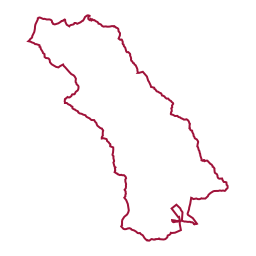 outline of Valea Salciei, Buzau, Romania
{"feature_id": "2599482B75081483898693", "entity_name": "Valea Salciei", "entity_type": "district", "adm_level": 2, "iso_a3": "ROU", "parent_name": "Romania", "parent_adm1": "Buzau", "projection": "natural_earth1", "projection_center": [26.813, 45.506], "detail": "fine", "context": "isolated", "style": "outline", "palette": "rose", "viewbox_px": 256, "rotation_deg": 0, "n_neighbors": 0, "source": "geoboundaries", "source_scale": "gbopen_adm2", "svg_char_len": 5762}
<svg xmlns="http://www.w3.org/2000/svg" viewBox="0 0 256 256"><path d="M163.7,239.5L165.3,239.1L166.3,238.3L167.3,237.3L167.7,235.5L169.1,235.0L169.9,234.5L170.6,233.7L170.8,232.8L171.9,233.0L175.0,232.7L180.9,230.1L179.9,224.9L179.6,222.0L178.8,221.3L178.3,221.2L177.3,221.7L175.8,221.7L173.7,222.2L172.9,221.9L172.2,221.0L172.1,220.1L175.1,220.5L177.0,221.1L178.6,220.7L179.3,221.1L180.0,221.2L179.1,216.9L178.3,217.2L171.6,208.5L176.4,204.7L180.3,208.4L180.8,209.8L182.5,212.3L181.9,220.8L184.7,221.6L185.5,221.5L187.8,221.9L190.0,221.8L191.0,222.3L192.0,222.2L193.3,222.9L193.9,224.1L194.3,224.3L194.7,224.3L195.2,223.8L196.6,224.0L197.0,223.8L192.8,218.1L188.1,215.0L187.7,214.3L187.6,213.6L189.0,209.4L189.2,207.6L190.2,203.9L191.2,197.8L192.4,198.3L193.1,199.0L193.4,199.1L196.3,198.5L197.9,199.1L199.8,199.1L201.5,198.3L201.9,198.5L205.4,198.5L207.9,196.2L208.5,194.8L210.4,193.1L213.1,191.4L214.3,191.0L218.4,190.9L219.8,190.5L221.6,190.8L223.0,190.5L224.8,190.9L225.6,190.3L226.0,189.4L227.4,188.3L227.6,187.6L227.6,186.1L227.4,185.5L226.6,184.8L226.4,182.4L225.7,182.1L223.7,181.9L222.5,179.9L222.1,178.5L219.3,178.7L218.3,178.2L217.5,176.8L217.5,175.6L216.9,174.2L215.0,172.9L214.7,172.2L214.4,169.4L214.5,168.6L214.3,168.2L213.4,167.1L212.6,166.7L212.6,166.0L211.5,164.5L210.5,164.0L207.4,160.7L206.0,160.7L204.4,161.2L204.2,161.0L204.3,160.2L204.1,160.0L203.8,160.0L202.8,160.8L201.5,160.3L201.6,159.3L200.4,155.8L200.1,153.7L199.8,153.2L199.3,150.8L198.7,150.0L198.0,147.2L197.3,146.5L197.7,143.8L198.1,142.5L198.1,141.5L196.9,139.5L194.8,138.3L194.3,136.8L193.6,135.9L193.5,134.4L192.3,132.1L192.2,130.9L192.0,130.6L191.4,130.6L190.5,130.0L190.0,128.9L189.4,128.4L189.4,128.0L189.8,127.7L189.5,126.1L189.9,123.9L189.5,123.7L189.2,122.4L188.3,120.6L187.1,119.6L186.3,119.3L186.1,119.5L183.9,119.6L182.4,118.7L181.2,118.3L180.1,117.4L178.4,117.0L177.5,115.9L175.0,116.0L172.9,114.8L171.0,114.3L170.8,114.0L171.1,112.2L171.8,111.1L171.6,109.1L171.3,108.3L172.2,107.4L172.0,105.5L173.2,103.8L172.9,102.9L171.6,101.9L171.0,101.0L169.4,100.1L168.2,98.6L166.5,98.6L165.2,97.5L164.4,96.4L162.8,95.6L162.0,95.5L161.3,93.7L161.0,93.3L159.3,92.6L158.2,91.8L156.9,91.4L156.1,90.6L155.5,89.5L154.4,88.9L154.2,87.7L151.0,86.9L150.7,85.5L148.9,81.6L148.2,80.7L146.9,76.5L142.8,71.8L138.9,72.9L137.7,72.9L138.0,72.5L137.4,70.8L137.4,69.3L136.8,67.7L135.8,65.6L135.6,65.2L134.5,64.5L134.0,63.3L133.0,62.9L132.2,61.3L131.3,60.7L131.0,59.6L131.1,58.3L130.7,56.9L130.1,55.6L130.2,54.4L130.0,53.8L128.3,52.1L127.0,52.2L126.3,51.5L125.2,47.6L123.9,46.1L123.6,44.5L122.9,44.2L122.6,43.4L122.8,42.1L122.0,40.0L121.7,39.6L121.0,39.5L120.2,39.8L118.6,38.6L119.9,35.4L120.0,33.2L118.5,31.1L118.5,30.2L118.2,28.8L117.4,28.1L116.0,27.6L115.4,26.8L114.2,26.7L114.1,26.1L111.9,26.1L109.7,26.6L107.1,26.7L106.0,26.4L103.4,26.6L101.9,25.8L101.2,24.7L99.5,23.8L98.5,23.7L98.2,22.9L97.5,22.0L95.6,21.1L94.4,20.1L93.1,20.2L92.4,19.3L92.1,19.3L91.9,19.8L91.5,20.2L91.3,19.5L90.7,18.9L89.8,20.1L89.1,19.7L88.9,19.2L88.4,19.0L88.2,18.0L88.5,16.8L89.5,16.3L89.6,15.8L88.5,15.4L87.3,15.4L85.4,16.7L84.9,17.2L84.3,18.6L83.0,20.7L82.2,21.0L80.5,22.3L77.2,23.8L75.8,23.0L74.5,23.0L74.0,23.9L73.5,24.4L70.6,25.1L69.5,25.9L69.3,26.3L66.7,24.7L65.3,21.8L65.1,19.8L64.7,19.5L63.4,20.2L62.9,20.9L61.5,21.0L61.0,21.6L58.4,23.3L54.8,24.4L53.2,24.0L53.1,23.4L52.1,22.5L52.0,21.4L51.6,20.5L50.7,19.8L49.3,19.4L46.9,19.5L44.4,18.8L43.3,19.0L40.4,17.7L39.5,17.5L38.4,17.8L38.3,18.2L37.8,18.4L37.8,19.4L35.4,24.5L35.0,26.6L34.9,28.7L34.3,31.9L32.2,36.2L32.2,37.1L31.8,37.8L30.2,39.1L29.3,40.4L28.4,41.2L30.6,41.7L32.1,42.5L33.8,43.0L35.1,44.1L36.1,44.1L39.5,45.2L39.6,45.4L39.5,46.8L40.4,47.1L40.8,48.9L42.7,51.9L42.9,52.9L44.5,54.1L44.6,57.0L45.9,58.0L48.2,58.3L48.7,58.6L49.6,59.8L50.0,62.3L51.7,64.3L56.1,66.9L58.4,67.4L60.1,66.1L63.1,64.5L63.8,66.0L65.1,67.2L69.3,72.0L71.3,74.1L73.6,75.3L74.7,76.5L75.9,78.7L75.6,81.0L75.7,82.3L76.3,83.0L76.6,84.3L78.1,85.6L78.5,86.5L78.5,87.9L78.2,89.4L77.6,90.5L75.8,91.8L74.6,94.1L73.9,94.4L73.2,94.2L72.1,94.5L71.3,96.1L69.6,97.4L68.1,97.4L67.6,97.0L66.0,98.3L65.7,98.8L65.1,98.9L64.9,99.3L64.7,101.7L65.1,102.3L65.0,103.0L66.8,103.0L68.1,104.2L70.5,105.3L71.2,106.2L72.4,106.7L72.4,108.1L72.6,108.4L73.6,109.1L74.9,109.5L75.4,110.1L77.9,111.3L78.2,111.7L78.2,112.4L79.6,113.4L81.7,113.8L83.1,114.6L85.5,115.3L86.1,116.4L87.0,117.1L89.7,118.4L90.5,119.3L91.5,120.0L94.2,120.1L95.1,121.7L96.4,123.1L96.8,124.6L97.5,125.8L100.4,128.1L102.0,128.6L102.3,129.5L102.9,130.0L103.2,130.7L102.8,131.8L102.7,134.4L102.9,135.3L101.9,137.0L101.7,137.9L101.8,138.0L101.8,138.5L103.4,138.2L106.3,139.0L106.7,139.3L107.1,141.0L108.9,142.5L109.4,143.5L110.2,144.0L110.4,144.9L110.1,146.0L110.2,146.3L113.2,147.4L113.3,149.4L113.0,152.7L112.5,154.6L112.7,155.4L113.5,156.2L113.4,158.1L114.1,160.9L114.0,161.5L113.4,162.5L114.5,166.7L115.5,167.4L114.9,168.5L115.2,169.9L115.0,170.5L115.2,170.9L114.6,172.1L116.4,173.3L117.5,173.7L117.6,174.2L119.9,175.1L121.2,174.8L122.2,175.2L124.0,175.2L125.5,176.6L126.1,178.2L125.3,179.5L125.4,181.7L126.1,184.1L125.9,185.3L126.0,186.7L125.7,188.4L124.6,189.8L125.6,191.4L125.7,192.0L125.6,192.9L125.9,193.7L125.3,195.1L125.4,196.3L124.3,197.7L126.2,200.1L127.8,204.0L128.8,210.4L128.2,212.5L127.1,214.5L124.3,216.8L122.3,219.9L122.0,221.8L122.1,223.2L121.9,224.2L122.1,225.1L121.2,226.4L123.5,228.9L124.7,229.2L126.1,229.1L128.2,228.3L128.8,228.4L129.6,228.2L131.0,228.8L131.5,229.6L134.3,230.5L136.2,231.7L137.6,233.0L138.5,233.2L139.9,233.0L140.8,234.1L142.8,235.3L144.7,238.3L146.9,240.4L147.6,240.5L147.7,240.2L148.7,240.6L149.4,240.6L151.4,239.1L152.4,239.2L153.6,239.6L154.8,239.6L155.1,239.5L155.0,239.3L155.6,239.1L158.8,239.0L158.9,238.6L159.4,238.6L159.8,239.2L163.7,239.5Z" fill="none" stroke="#9f1239" stroke-width="2"/></svg>